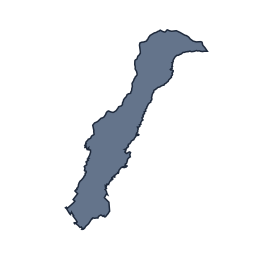 Stanesti, Gorj, Romania (orthographic projection), rotated 29°
{"feature_id": "2599482B13485546632352", "entity_name": "Stanesti", "entity_type": "district", "adm_level": 2, "iso_a3": "ROU", "parent_name": "Romania", "parent_adm1": "Gorj", "projection": "orthographic", "projection_center": [23.248, 45.191], "detail": "fine", "context": "isolated", "style": "filled", "palette": "slate", "viewbox_px": 256, "rotation_deg": 29, "n_neighbors": 0, "source": "geoboundaries", "source_scale": "gbopen_adm2", "svg_char_len": 5970}
<svg xmlns="http://www.w3.org/2000/svg" viewBox="0 0 256 256"><g transform="rotate(29 128 128)"><path d="M140.9,223.6L142.4,223.2L144.7,221.5L145.3,221.4L145.1,220.0L145.3,219.2L146.2,217.6L146.5,217.2L148.9,217.4L149.1,216.7L149.4,216.3L149.7,216.7L150.5,217.1L151.1,216.8L151.4,216.2L151.9,213.2L152.1,212.8L152.1,210.8L152.3,209.7L147.3,202.2L141.1,200.4L141.1,196.3L142.5,196.3L141.0,195.2L139.7,193.8L138.8,193.4L138.5,193.0L137.8,192.9L138.2,191.7L138.5,191.3L138.2,191.0L137.3,191.0L137.4,189.9L136.2,189.8L136.2,189.3L136.1,189.2L137.1,189.0L137.2,188.4L136.9,188.2L136.8,187.3L137.6,187.3L137.9,186.9L138.3,186.8L137.9,186.3L138.2,185.7L138.0,183.9L138.1,183.2L138.5,182.6L138.3,182.5L138.2,181.8L138.4,181.4L138.7,181.3L138.5,181.1L138.5,180.6L139.1,180.7L139.5,180.2L139.2,179.7L138.0,179.7L137.9,179.5L138.6,177.8L139.9,177.6L140.1,177.3L138.9,177.3L139.1,176.9L139.5,176.7L139.0,176.1L139.8,175.2L139.9,174.3L140.6,172.9L141.3,172.4L140.6,171.8L141.3,171.4L140.6,169.2L141.3,165.8L141.7,165.3L142.7,164.9L142.1,164.7L142.5,164.2L142.9,164.0L143.1,164.2L144.3,163.9L144.3,163.5L145.7,163.1L144.6,163.0L144.7,162.7L145.3,162.5L145.3,162.1L145.6,161.9L145.4,161.6L144.6,162.2L143.6,162.3L143.5,161.3L143.1,161.0L143.3,160.3L143.7,160.1L143.8,159.1L143.4,157.8L143.2,157.5L143.4,157.1L142.9,156.2L142.8,155.1L143.1,153.9L143.7,152.5L144.0,152.1L142.5,150.5L142.1,148.2L141.1,148.1L140.2,149.0L139.8,150.0L139.1,151.0L138.7,151.1L137.6,150.5L137.0,150.6L136.8,150.2L136.9,149.5L136.5,148.5L136.8,148.9L137.0,148.9L136.8,148.0L135.6,148.2L136.3,147.5L136.5,147.0L136.5,145.6L136.7,145.3L137.1,145.3L137.3,144.3L137.2,143.5L136.3,143.1L136.6,142.0L136.4,141.8L137.2,140.9L137.3,140.4L137.3,139.8L137.2,139.7L137.4,139.2L137.2,137.6L137.8,136.9L138.2,135.9L138.4,135.9L138.7,135.5L138.6,133.8L138.9,131.7L138.6,130.6L139.5,130.3L140.1,129.5L140.7,129.3L140.8,128.7L139.7,128.5L139.0,129.0L138.2,129.2L138.0,128.2L138.4,126.6L137.8,125.8L137.5,124.4L137.2,123.6L136.5,123.3L135.8,122.6L136.9,122.1L137.5,120.8L137.4,120.4L136.4,119.7L137.5,118.5L136.5,117.4L136.6,115.3L136.5,114.8L137.2,113.9L137.0,113.5L136.1,113.2L135.3,112.2L135.3,111.9L135.8,111.2L135.9,110.8L134.9,109.7L135.2,109.2L134.8,108.8L134.9,108.2L135.5,107.6L135.3,107.1L134.4,106.1L134.3,105.8L135.2,105.1L135.4,104.6L134.3,103.4L134.7,101.4L134.2,100.4L134.3,98.7L134.1,97.7L134.5,95.9L135.4,94.2L134.7,93.2L135.1,92.2L135.1,91.6L134.6,91.2L134.5,90.5L133.7,89.8L133.6,88.9L132.9,86.9L132.9,85.8L132.8,85.3L133.1,84.1L132.5,83.1L132.5,82.6L132.6,81.9L133.2,81.3L133.4,81.0L133.4,80.4L133.9,79.9L134.3,78.2L136.0,76.6L136.6,75.2L137.7,73.8L138.7,73.1L138.6,71.7L139.4,70.6L140.0,68.7L140.5,67.8L140.3,66.2L141.4,62.6L140.7,61.6L141.1,60.3L140.9,59.5L140.2,59.1L140.1,58.3L139.8,58.1L139.8,57.7L140.2,57.0L139.7,55.9L138.4,55.9L137.3,56.5L136.6,56.3L136.7,55.7L137.7,54.5L137.7,54.2L136.7,53.3L136.5,53.0L137.0,52.5L136.0,51.5L135.8,50.1L134.9,49.6L135.4,49.3L135.2,48.7L135.4,48.1L134.8,47.3L134.6,46.2L134.7,43.1L135.5,40.7L136.5,40.2L137.2,39.5L137.4,38.7L138.0,38.3L138.8,37.2L139.4,35.3L140.8,34.4L141.8,33.2L142.9,32.6L143.2,32.1L143.9,31.9L144.4,31.1L145.3,30.6L146.3,30.6L147.1,30.1L148.8,28.8L150.4,27.0L151.3,27.0L153.2,25.8L154.1,25.8L156.2,25.0L157.2,24.1L160.2,22.4L156.2,20.4L153.6,19.5L153.0,19.1L151.3,17.2L150.8,17.0L149.6,17.3L146.0,19.6L142.8,20.4L139.3,20.0L137.1,19.1L135.6,18.9L134.0,18.9L132.8,19.3L127.4,19.2L123.1,19.5L119.2,22.3L117.0,22.9L115.0,23.0L114.4,23.7L114.3,25.0L114.0,25.9L113.6,26.3L111.5,26.8L108.7,26.8L108.3,28.0L107.5,28.7L106.2,30.9L104.9,32.1L102.4,36.4L102.4,37.6L102.1,38.5L102.3,40.7L102.0,41.3L102.1,42.7L101.9,43.1L100.0,45.2L98.3,46.4L97.2,47.8L97.8,49.9L101.6,55.0L102.6,56.8L102.4,57.4L102.5,58.2L101.8,60.5L102.4,63.3L101.4,65.1L101.4,65.8L103.1,69.2L104.8,71.1L105.6,72.9L108.0,74.3L109.6,76.1L110.1,77.0L110.2,77.5L109.9,78.5L110.0,79.0L109.6,79.7L109.8,81.2L109.6,81.9L110.0,84.1L109.9,87.0L111.7,89.6L112.3,91.9L112.9,93.2L113.1,94.1L113.0,95.0L113.4,96.2L113.0,96.9L112.0,97.7L111.0,99.2L111.2,100.2L111.2,102.0L110.6,103.7L110.5,105.7L110.9,106.6L111.0,108.7L111.8,110.3L111.4,111.9L109.5,114.0L109.6,115.2L109.3,118.1L109.1,118.9L107.7,121.3L107.2,121.7L105.1,122.3L102.8,122.5L101.9,123.5L101.6,125.3L101.9,127.0L101.7,129.9L100.9,131.4L99.7,132.5L98.4,136.8L97.7,138.0L96.3,139.8L95.8,142.7L99.4,146.8L99.8,147.8L101.4,150.0L101.2,150.8L100.5,151.7L100.1,152.7L100.1,153.9L100.3,154.9L99.5,156.3L98.7,157.0L98.7,158.1L98.1,160.5L98.5,162.1L99.1,162.1L98.7,163.9L99.3,163.9L99.1,164.2L99.7,164.3L100.0,164.7L99.5,165.5L99.7,165.9L100.9,164.9L102.0,166.3L102.9,166.0L103.1,165.4L103.0,164.7L103.1,164.4L103.3,165.0L104.1,165.4L103.6,165.7L103.8,165.9L103.6,166.0L103.5,166.4L105.9,165.5L106.5,166.4L107.0,167.3L107.6,170.1L107.7,171.5L107.7,173.6L107.8,174.1L108.2,174.0L107.6,174.9L108.9,175.6L108.4,176.2L108.3,176.7L108.5,177.7L107.8,177.6L107.7,177.8L108.2,178.5L109.0,179.0L109.3,179.9L109.7,180.1L109.4,180.9L108.6,182.2L108.5,183.1L109.6,183.6L109.9,184.2L110.5,186.3L111.2,186.5L112.0,186.1L112.3,186.4L112.7,186.5L113.0,187.3L113.0,187.7L112.5,188.1L112.8,189.2L113.2,189.5L113.4,190.1L112.9,191.6L113.2,192.4L112.5,196.2L111.9,197.6L111.8,199.4L112.2,201.9L112.8,202.9L112.9,204.7L112.5,205.2L112.5,205.8L113.2,206.4L113.1,206.9L112.3,207.5L112.1,208.8L115.8,209.9L114.7,217.2L117.0,217.7L116.6,219.8L113.9,227.5L112.5,227.1L112.0,228.1L113.6,228.4L113.6,228.5L118.2,231.1L118.4,230.8L119.4,231.6L119.6,231.6L119.4,231.3L119.6,230.5L119.4,230.2L119.8,229.4L119.7,229.2L122.9,231.0L122.6,231.6L127.0,233.6L129.1,234.8L129.0,235.4L128.7,235.3L128.1,236.3L126.9,236.9L127.1,237.3L127.8,237.6L128.0,237.1L128.8,236.9L131.4,237.3L134.2,238.2L135.2,237.2L136.3,237.9L136.9,238.0L136.6,239.0L137.0,239.0L137.5,238.5L137.7,237.8L137.8,237.9L137.7,238.4L137.9,238.3L138.6,236.8L138.6,234.7L139.6,231.8L139.7,231.4L139.9,231.1L140.3,225.1L140.9,224.7L140.6,223.9L140.9,223.6Z" fill="#64748b" stroke="#1e293b" stroke-width="1.5"/></g></svg>